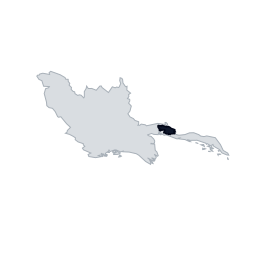 location of Kawkareik, Kayin, Myanmar, rotated 295°
{"feature_id": "60261553B42100651402541", "entity_name": "Kawkareik", "entity_type": "district", "adm_level": 2, "iso_a3": "MMR", "parent_name": "Myanmar", "parent_adm1": "Kayin", "projection": "natural_earth1", "projection_center": [98.169, 16.039], "detail": "fine", "context": "in_parent", "style": "filled", "palette": "ink", "viewbox_px": 256, "rotation_deg": 295, "n_neighbors": 0, "source": "geoboundaries", "source_scale": "gbopen_adm2", "svg_char_len": 6566}
<svg xmlns="http://www.w3.org/2000/svg" viewBox="0 0 256 256"><g transform="rotate(295 128 128)"><path d="M160.7,115.6L158.5,114.4L156.9,115.5L154.4,115.1L154.7,117.4L153.3,118.2L150.8,118.0L149.3,121.7L144.2,122.6L140.8,121.9L138.9,125.2L138.8,128.9L137.8,131.1L138.2,135.0L136.0,136.0L134.7,135.8L135.4,137.5L137.1,138.3L138.2,142.3L137.8,143.8L144.8,153.1L146.9,160.3L148.6,159.3L149.1,160.1L148.4,162.0L146.3,163.4L145.9,171.1L142.4,172.9L142.6,175.5L143.0,177.3L146.1,182.4L149.6,185.8L151.5,189.6L151.9,195.0L151.4,197.3L152.3,200.5L154.1,202.7L156.1,211.2L152.0,218.8L147.9,223.8L147.4,229.0L146.0,230.8L145.4,229.1L145.1,223.6L147.1,220.1L147.7,213.4L149.0,211.9L148.3,211.3L146.7,211.7L147.3,206.3L146.4,206.0L147.1,204.9L146.1,195.8L143.0,189.4L142.5,186.6L142.0,190.3L141.7,189.6L141.6,184.6L139.8,179.1L139.9,178.6L140.8,179.1L140.0,177.8L139.4,178.1L138.8,176.8L137.9,165.4L136.7,163.8L137.1,158.9L138.0,157.6L134.7,158.1L133.1,154.0L133.0,151.7L129.7,148.3L130.2,149.4L129.7,150.5L130.2,152.4L128.9,156.0L127.5,157.7L125.7,158.3L124.3,157.3L123.9,155.4L123.4,155.4L124.6,159.0L119.3,162.1L118.5,164.3L115.7,167.1L114.9,166.7L115.3,162.9L113.7,165.9L111.4,166.0L111.0,161.9L110.1,164.3L108.8,165.1L109.2,158.3L108.8,160.2L106.7,162.9L104.6,163.8L105.1,158.2L107.9,149.3L108.2,146.4L106.7,139.3L104.3,133.4L105.0,133.3L103.3,131.5L103.1,127.1L102.1,128.7L102.0,131.5L99.9,130.1L97.9,126.2L98.7,125.9L101.0,127.7L102.3,126.7L102.7,125.4L99.0,121.6L100.0,120.1L98.8,120.1L95.6,118.3L94.7,118.7L95.1,120.3L94.5,120.7L93.3,118.3L94.2,117.1L93.4,117.1L93.9,114.9L93.6,114.6L92.2,117.4L91.3,116.8L92.3,115.3L91.9,114.5L90.6,112.8L90.7,115.8L87.4,111.1L85.6,104.6L87.1,103.0L89.6,104.9L89.4,96.9L90.5,95.2L93.1,96.6L93.9,94.6L94.9,94.1L94.3,88.6L95.1,85.1L96.9,84.5L97.3,81.6L97.5,77.8L96.8,73.5L98.3,74.5L100.1,74.1L104.3,75.6L105.9,70.6L109.8,62.4L108.4,60.5L108.6,59.4L112.1,55.1L113.9,51.2L113.1,47.8L113.9,45.0L117.0,43.2L123.8,37.5L128.8,36.7L130.9,39.0L132.3,39.2L130.2,33.9L134.5,29.9L134.4,26.8L136.4,23.5L137.5,23.6L138.5,25.2L139.6,25.2L141.6,27.6L143.4,34.3L144.9,33.1L146.7,34.0L147.6,43.9L147.1,49.6L145.9,50.9L146.8,53.2L145.0,54.1L143.8,56.4L142.0,56.5L140.8,59.7L139.0,60.1L138.0,62.6L138.2,64.4L136.7,65.5L136.3,68.7L137.5,69.9L137.9,71.6L136.6,75.2L137.7,75.3L142.6,73.0L146.1,73.4L148.5,72.8L147.0,75.3L148.5,78.4L148.8,83.3L154.0,84.7L154.8,85.9L153.7,87.4L151.9,95.3L158.7,96.4L159.0,99.4L160.4,100.5L160.6,102.2L161.6,102.7L165.2,102.6L167.4,100.5L170.2,99.6L170.4,101.4L169.7,102.6L166.7,104.4L164.6,108.0L164.5,108.8L165.4,109.5L161.9,110.9L160.7,115.6ZM100.0,124.1L102.2,125.5L101.8,126.6L100.4,126.7L99.3,124.8L100.0,124.1ZM143.6,201.2L145.0,203.5L143.6,205.0L143.6,201.2ZM99.7,133.9L98.6,133.1L97.8,131.8L100.2,131.9L99.7,133.9ZM145.6,211.0L145.7,214.0L144.8,213.6L144.2,211.1L145.6,211.0ZM107.9,163.8L106.4,165.7L106.2,164.1L108.2,161.7L107.9,163.8ZM136.6,161.2L135.7,160.6L135.6,158.8L136.3,158.3L136.8,159.2L136.6,161.2ZM142.7,214.6L142.5,213.6L143.5,211.2L143.3,213.3L142.7,214.6ZM142.2,220.2L143.4,222.4L143.2,222.9L142.1,221.1L141.4,221.2L142.2,220.2ZM146.5,209.3L145.2,209.9L145.1,207.8L146.5,209.3ZM143.4,230.6L141.7,232.5L142.0,231.4L143.4,230.6ZM92.9,118.6L93.5,121.1L92.5,118.2L92.9,118.6ZM143.6,196.5L143.6,198.3L143.2,195.3L143.6,196.5ZM97.9,120.3L98.1,121.9L97.2,119.7L97.9,120.3ZM141.9,207.1L141.0,206.2L141.3,205.5L141.8,205.7L141.9,207.1ZM141.3,204.4L140.6,205.7L140.0,204.9L140.5,204.4L141.3,204.4ZM141.4,211.8L141.4,212.9L140.7,210.4L141.4,211.8ZM110.1,166.0L109.5,166.0L110.4,164.7L110.5,165.2L110.1,166.0ZM145.8,220.4L145.2,220.2L145.7,219.0L145.8,220.4Z" fill="#d9dde1" stroke="#a8b0b8" stroke-width="1"/><path d="M139.2,157.9L139.2,158.0L139.3,158.0L139.2,158.2L139.2,158.3L139.2,158.5L139.3,158.5L139.5,158.7L139.7,158.9L139.8,159.1L140.1,159.3L140.3,159.3L140.4,159.2L140.5,159.2L140.5,159.3L140.5,159.5L140.6,160.0L140.7,160.3L140.8,160.3L141.0,160.5L141.3,160.8L141.4,161.0L141.5,161.3L141.5,161.5L141.8,161.8L141.9,162.0L141.7,162.3L141.4,162.5L141.1,162.6L140.9,162.4L140.7,162.3L140.4,162.3L140.3,162.2L140.2,162.2L140.1,162.3L139.9,162.5L139.7,162.5L139.4,162.4L139.2,162.5L139.1,162.4L139.0,162.5L138.8,162.6L138.9,162.9L139.0,162.9L139.1,163.0L139.2,163.4L139.2,163.5L139.3,163.5L139.3,163.8L139.2,163.8L139.2,164.0L139.0,164.3L139.1,164.5L139.2,164.8L139.0,165.0L139.1,165.3L139.0,165.5L139.2,165.8L139.3,166.0L139.3,166.3L139.4,166.5L139.5,166.9L139.5,167.0L139.4,167.0L139.4,167.3L139.4,167.5L139.5,167.7L139.8,167.7L139.8,167.8L139.9,168.1L140.0,167.9L140.0,168.0L140.1,167.9L140.1,168.0L140.1,168.3L140.2,168.5L140.3,168.6L140.6,168.9L140.7,169.2L140.8,169.3L141.0,169.4L141.0,169.5L141.1,169.8L141.2,170.0L141.3,170.1L141.3,170.3L141.5,170.5L141.7,170.8L141.8,171.1L141.9,171.3L142.0,171.5L142.4,171.7L142.4,171.9L142.5,172.1L142.6,172.3L142.6,172.6L142.8,172.7L143.0,172.5L143.2,172.4L143.3,172.3L143.3,172.2L143.5,172.1L143.5,171.9L143.4,171.9L143.5,171.8L143.4,171.7L143.5,171.7L143.7,171.8L143.8,171.9L144.0,171.9L144.1,172.0L144.3,172.2L144.4,172.3L144.5,172.4L144.6,172.2L144.6,171.9L144.3,171.8L144.4,171.7L144.5,171.6L144.5,171.2L144.8,171.2L145.0,171.1L145.2,170.9L145.3,170.8L145.5,170.9L145.5,171.0L145.8,171.1L145.8,171.3L146.0,171.4L146.2,170.9L146.2,169.9L146.1,169.4L145.9,168.5L146.0,168.1L145.9,167.7L146.0,166.6L146.3,165.9L146.4,165.4L146.2,165.2L146.2,164.8L146.3,164.6L146.4,164.4L146.4,164.1L146.3,163.9L146.0,163.7L145.9,163.4L145.9,163.5L145.8,163.4L145.8,163.2L145.8,162.9L145.8,162.7L145.8,162.4L145.8,162.1L145.7,162.0L145.6,161.8L145.5,161.6L145.4,161.5L145.2,161.4L145.1,161.5L145.1,161.3L145.1,161.2L145.0,161.3L145.0,161.2L144.9,161.0L144.9,160.9L145.0,160.9L145.0,160.7L144.9,160.5L144.9,160.4L144.8,160.2L144.7,160.1L144.8,160.0L144.8,159.9L144.8,159.7L144.7,159.5L144.7,159.3L144.7,159.2L144.9,159.0L144.8,158.9L144.8,158.7L144.7,158.4L144.8,158.2L144.7,158.0L144.8,157.9L144.7,157.8L144.6,157.7L144.4,157.4L144.2,157.3L144.0,157.2L144.0,156.9L143.9,156.8L143.8,156.7L143.7,156.8L143.7,156.7L143.7,156.4L143.6,156.2L143.5,155.9L143.4,155.9L143.4,155.7L143.2,155.4L143.3,155.2L143.4,154.9L143.3,154.7L143.2,154.7L143.0,154.4L142.9,154.5L142.6,154.4L142.5,154.5L142.4,154.6L142.2,154.7L142.0,154.8L141.9,154.8L141.8,154.7L141.7,154.8L141.5,155.0L141.4,155.0L141.2,155.2L141.1,155.4L141.1,155.5L141.1,155.8L140.9,155.8L140.8,156.0L140.7,156.2L140.6,156.3L140.6,156.7L140.6,156.8L140.6,157.0L140.5,157.5L140.4,157.5L140.2,157.4L139.9,157.0L139.3,157.3L139.2,157.4L139.1,157.5L139.1,157.8L139.2,157.9Z" fill="#0f172a" stroke="#020617" stroke-width="1.5"/></g></svg>